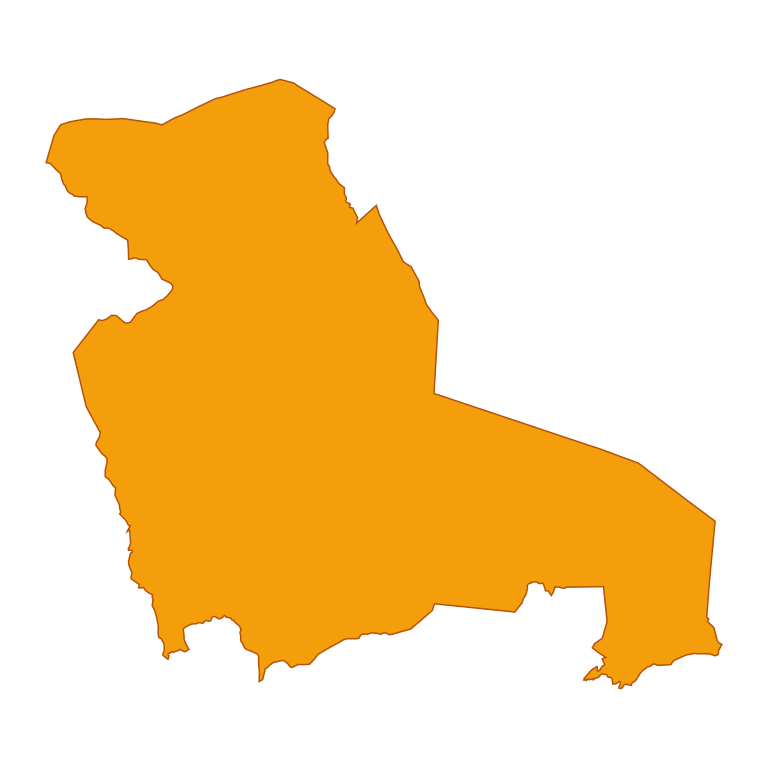 the district of Ziracuaretiro, Michoacán, Mexico
{"feature_id": "50627088B75653090640966", "entity_name": "Ziracuaretiro", "entity_type": "district", "adm_level": 2, "iso_a3": "MEX", "parent_name": "Mexico", "parent_adm1": "Michoacán", "projection": "orthographic", "projection_center": [-101.91, 19.437], "detail": "fine", "context": "isolated", "style": "filled", "palette": "amber", "viewbox_px": 768, "rotation_deg": 0, "n_neighbors": 0, "source": "geoboundaries", "source_scale": "gbopen_adm2", "svg_char_len": 6078}
<svg xmlns="http://www.w3.org/2000/svg" viewBox="0 0 768 768"><path d="M718.2,654.4L718.7,650.4L721.9,644.5L720.8,643.8L719.6,643.5L717.8,641.6L717.3,640.8L713.9,627.7L707.4,621.4L708.7,619.4L708.7,618.9L706.7,617.3L709.5,580.8L715.1,521.2L689.8,502.4L638.5,463.2L599.0,448.6L588.1,445.1L434.0,393.5L438.3,320.4L432.3,312.8L426.2,304.1L424.5,298.8L419.6,286.7L419.2,281.6L411.1,266.7L405.1,263.1L402.9,261.0L396.7,248.3L388.5,234.0L379.5,215.0L376.3,205.4L356.6,223.2L357.6,217.4L353.9,210.7L353.0,208.2L349.6,207.2L349.3,206.2L350.3,204.7L350.2,204.0L345.7,201.8L345.6,200.8L346.3,199.4L346.3,197.6L344.3,194.0L344.4,187.8L338.6,183.2L336.1,179.1L334.1,177.0L330.0,170.6L329.7,167.1L327.7,163.7L327.8,153.3L326.0,147.6L324.2,142.7L326.1,139.4L328.1,138.4L327.7,124.9L328.8,118.6L332.1,115.5L334.0,112.3L335.1,108.8L327.5,104.0L295.8,84.6L293.8,83.0L280.3,79.5L277.6,80.1L272.6,82.1L261.5,85.4L247.7,89.0L229.3,94.7L222.2,97.1L215.6,98.6L198.8,106.5L183.4,114.4L174.5,118.0L162.0,124.9L155.3,123.1L122.1,118.5L117.2,119.0L105.4,119.4L96.7,118.9L86.3,118.9L69.6,121.8L60.6,124.9L54.0,135.5L46.1,162.6L50.5,163.6L55.9,169.4L60.7,173.8L61.6,178.7L63.8,184.3L65.5,186.3L67.0,190.3L69.6,193.1L72.2,194.1L74.2,196.1L78.6,196.6L83.1,196.9L86.9,196.6L87.3,202.1L85.1,208.5L86.0,213.3L87.6,217.4L92.7,221.6L101.1,225.6L103.9,228.1L108.9,228.2L113.5,231.0L116.9,233.7L122.1,236.9L127.7,240.2L128.4,250.5L128.6,259.2L135.7,257.8L138.3,259.2L142.8,259.6L146.5,259.6L149.9,265.3L153.2,269.5L156.0,271.2L158.2,272.8L162.0,279.1L169.4,282.6L171.1,283.7L172.1,284.8L172.7,286.5L172.7,288.1L171.6,290.7L166.9,296.2L163.2,299.4L158.3,301.2L152.3,306.2L145.8,310.0L141.9,311.1L136.9,313.5L130.3,322.3L126.4,323.3L124.5,322.5L122.3,320.8L117.9,316.8L115.8,315.5L111.5,315.4L106.5,319.1L102.7,320.5L99.9,320.2L98.8,319.6L73.2,352.5L86.3,406.8L100.2,432.5L99.4,436.8L96.2,442.9L95.9,445.1L97.3,447.4L101.9,453.7L104.6,455.8L106.7,457.9L107.1,461.8L105.2,470.4L105.2,476.6L108.6,479.2L110.9,482.2L112.4,484.8L115.5,487.9L115.0,495.4L119.3,504.6L119.8,508.8L120.6,511.5L120.5,512.9L119.6,513.9L126.1,520.7L127.2,523.2L128.6,525.2L129.4,525.8L130.1,525.8L127.2,531.6L129.4,530.1L130.0,532.8L130.1,536.7L130.6,542.5L130.1,544.9L128.3,548.9L128.5,550.2L131.7,550.2L132.5,551.5L132.1,552.3L130.4,553.4L128.5,561.4L128.7,564.0L129.8,567.7L132.1,572.9L130.9,577.3L131.2,578.8L139.0,584.4L139.2,585.4L138.5,587.7L139.9,588.0L143.6,587.5L145.3,590.2L148.5,592.8L152.4,594.7L152.1,596.8L153.0,599.0L152.2,605.9L153.9,608.9L153.9,609.6L154.6,609.9L156.6,617.3L158.3,625.9L158.1,631.6L158.2,634.1L158.7,637.4L160.9,638.4L162.4,640.8L163.9,643.8L164.2,644.9L164.2,650.2L164.3,650.4L162.8,654.1L162.8,654.9L163.8,656.1L168.0,659.3L169.0,655.9L168.0,655.0L168.1,653.9L168.8,653.2L170.0,653.2L171.5,651.8L172.8,651.9L173.2,652.5L175.1,651.5L178.8,650.5L179.2,649.6L179.7,649.4L180.3,649.5L184.4,651.7L186.2,651.2L189.0,649.2L187.6,647.3L186.3,644.7L184.1,639.6L184.1,636.4L183.4,630.5L183.2,629.8L184.3,627.7L190.2,624.6L193.5,623.8L196.3,623.8L198.3,622.8L200.1,622.7L202.3,623.2L203.3,623.0L203.9,622.6L204.4,621.3L205.9,620.6L207.4,620.7L208.7,621.2L210.0,621.1L210.8,620.5L211.9,617.8L212.6,616.9L213.3,616.4L215.5,616.8L217.6,618.2L218.9,618.7L219.8,618.8L220.2,618.7L222.5,617.3L224.2,615.7L225.0,615.7L226.0,617.0L226.5,617.4L227.1,617.5L227.9,617.3L229.0,617.6L229.7,618.1L231.1,618.3L231.8,619.9L232.2,620.2L233.7,620.5L235.0,622.4L235.6,622.8L238.8,625.6L239.6,626.3L239.9,626.9L240.7,629.2L241.3,629.6L240.2,631.6L240.0,633.1L240.8,636.3L240.7,639.2L240.9,640.9L241.5,642.1L242.6,643.3L244.2,647.1L244.9,648.1L245.8,649.0L247.0,649.6L252.9,651.9L257.1,653.8L258.6,655.9L258.6,663.4L259.4,672.4L259.2,681.5L262.6,679.6L265.3,668.9L268.4,666.7L269.6,665.1L271.1,664.2L272.7,662.7L274.4,662.4L276.0,661.8L282.4,660.5L283.9,660.7L287.5,663.4L290.2,666.9L292.3,667.4L295.8,665.6L298.6,664.5L305.4,664.6L309.6,664.2L314.5,658.9L318.1,654.3L327.7,648.6L333.6,645.3L339.0,642.5L343.3,639.9L345.9,639.0L347.5,638.7L356.8,638.7L358.9,638.2L359.7,636.9L360.0,635.9L360.9,635.1L362.2,634.3L363.5,634.1L367.6,634.2L369.2,633.7L370.8,632.9L371.7,632.8L373.2,632.9L375.6,633.4L377.5,633.4L381.1,634.3L382.6,633.3L383.8,632.9L384.9,632.9L385.9,633.0L388.8,634.6L389.6,634.7L392.2,634.2L410.8,629.0L432.3,610.5L434.5,603.8L514.9,612.0L522.2,602.5L523.3,598.6L525.8,595.0L527.5,588.4L527.2,585.7L527.5,585.0L528.6,583.8L529.3,583.3L530.8,583.3L531.2,582.9L531.4,582.3L534.5,581.8L537.5,582.2L538.1,583.1L539.0,583.5L541.3,583.5L541.9,583.3L542.6,583.4L543.0,583.8L543.5,584.3L544.1,586.0L544.4,587.4L544.9,588.4L545.5,590.9L548.1,590.8L548.7,591.5L549.7,593.3L551.3,595.5L552.9,593.0L553.4,591.8L554.8,588.0L554.7,587.0L559.3,587.1L559.4,587.3L561.2,587.8L564.8,588.3L566.2,587.1L572.7,587.1L603.5,586.6L607.1,621.4L602.4,638.1L594.6,643.7L592.3,647.8L598.3,652.5L605.8,657.4L602.2,658.8L604.7,664.7L604.3,665.1L602.3,666.1L600.1,669.4L600.2,669.9L598.3,671.1L597.4,670.7L597.4,668.5L597.0,666.5L593.6,668.6L591.5,670.1L590.8,670.7L584.0,678.6L584.2,679.5L583.8,680.1L584.3,680.3L585.0,679.9L586.3,679.5L586.5,680.4L588.3,678.9L589.2,679.8L592.9,678.7L593.0,679.8L593.4,679.7L594.2,679.1L594.5,678.6L598.3,677.3L601.5,673.9L602.0,673.7L603.5,674.3L606.1,674.5L606.9,675.0L607.3,675.6L607.5,676.5L607.9,677.0L608.7,677.4L610.4,677.4L611.4,678.1L612.1,679.0L612.3,679.4L612.3,681.3L612.7,682.8L612.8,684.1L615.8,683.8L617.8,682.6L618.6,681.9L619.4,681.5L620.0,681.8L620.4,683.5L619.7,685.5L618.9,686.8L618.8,687.6L619.0,688.2L619.5,688.5L620.4,688.5L622.4,687.8L623.7,685.3L624.3,684.8L625.3,684.4L627.4,684.5L629.7,685.0L630.4,685.4L630.8,685.5L631.2,685.4L631.5,684.8L632.0,683.1L632.6,682.5L633.6,681.8L634.6,681.5L635.3,680.9L636.8,678.9L640.5,672.9L641.7,671.7L642.5,670.6L643.7,669.7L645.7,668.4L647.6,666.8L650.3,666.3L652.5,664.5L653.6,664.0L654.4,664.0L657.5,665.2L659.5,665.4L670.7,664.6L670.9,664.5L673.2,661.1L674.5,660.2L685.9,655.1L694.1,653.5L695.0,653.4L697.6,653.8L702.0,653.8L705.2,653.6L707.7,654.0L709.6,653.9L714.9,655.7L716.8,655.3L718.2,654.4Z" fill="#f59e0b" stroke="#b45309" stroke-width="1.5"/></svg>